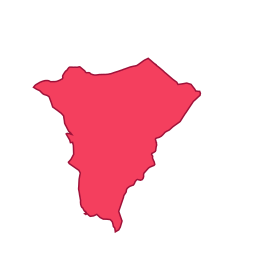 Kepahiang, Bengkulu, Indonesia, rotated 240°
{"feature_id": "22746128B30869437307727", "entity_name": "Kepahiang", "entity_type": "district", "adm_level": 2, "iso_a3": "IDN", "parent_name": "Indonesia", "parent_adm1": "Bengkulu", "projection": "natural_earth1", "projection_center": [102.62, -3.648], "detail": "fine", "context": "isolated", "style": "filled", "palette": "rose", "viewbox_px": 256, "rotation_deg": 240, "n_neighbors": 0, "source": "geoboundaries", "source_scale": "gbopen_adm2", "svg_char_len": 4943}
<svg xmlns="http://www.w3.org/2000/svg" viewBox="0 0 256 256"><g transform="rotate(240 128 128)"><path d="M121.9,208.1L122.9,208.2L123.9,208.4L124.6,207.2L126.2,205.2L128.6,205.2L130.6,204.9L134.3,204.4L136.0,202.8L136.4,202.4L137.5,201.4L137.6,201.2L139.2,196.8L140.7,193.1L141.3,193.1L142.7,193.1L143.3,193.1L147.6,191.2L156.5,188.1L157.7,187.6L159.9,187.0L164.4,185.4L166.8,184.4L168.1,183.9L168.7,184.0L169.1,183.8L168.8,183.7L172.4,182.4L173.2,182.1L173.9,181.9L176.2,181.1L176.4,180.9L177.9,180.5L178.2,180.4L178.3,179.8L178.3,179.0L178.5,176.4L178.4,174.5L177.8,168.7L177.7,166.9L178.1,165.4L178.8,163.5L179.7,160.5L179.9,159.4L180.8,154.4L181.0,153.6L181.2,151.9L181.3,151.6L182.1,147.4L182.8,144.4L183.1,142.9L183.6,140.2L183.9,139.5L184.0,139.2L184.3,138.3L184.3,138.1L185.0,136.6L185.6,135.4L185.7,135.1L186.4,134.0L186.6,133.6L187.8,131.4L188.5,130.1L188.7,129.7L189.1,128.6L189.4,127.9L189.6,127.4L189.8,127.0L189.8,126.9L190.2,126.2L190.7,125.4L191.6,124.4L191.8,124.2L193.3,122.9L193.9,122.7L194.2,122.6L194.9,122.4L195.3,122.0L195.4,121.9L195.5,121.8L196.0,120.9L196.3,120.4L196.6,119.8L196.7,119.6L197.4,119.2L197.8,119.1L198.5,119.1L199.1,119.1L201.7,118.1L202.6,117.8L203.4,117.5L204.5,117.1L205.0,116.9L205.4,116.3L205.5,115.8L205.7,115.4L205.8,114.9L205.9,114.5L206.2,114.1L206.5,113.5L207.2,112.5L207.6,111.6L208.4,110.3L208.5,110.2L209.5,108.5L209.8,108.1L209.9,107.4L209.8,106.8L209.4,105.8L208.9,104.6L208.8,104.4L208.4,103.5L208.5,102.5L207.7,100.7L207.0,99.5L206.8,99.0L206.1,97.9L205.7,97.4L205.0,97.0L204.5,96.9L204.0,96.5L203.9,96.5L203.7,96.1L203.5,95.9L203.4,95.6L203.5,94.6L203.5,93.3L203.8,90.7L204.0,90.0L204.0,89.5L204.1,89.3L204.2,89.1L204.6,88.2L204.7,87.9L204.8,87.7L205.6,86.3L206.9,84.0L207.8,83.5L208.5,83.0L208.8,82.7L209.5,81.8L210.5,79.9L210.6,79.7L210.7,79.0L210.9,78.6L211.1,77.8L211.4,76.2L211.6,74.7L211.6,72.9L211.6,72.3L211.6,70.4L211.6,70.2L211.4,68.8L211.1,68.0L210.5,66.5L208.5,67.6L208.4,67.6L206.9,68.5L205.1,69.8L204.9,69.9L204.3,70.3L203.7,70.4L200.4,71.3L199.1,72.0L196.7,74.2L196.4,74.4L196.2,74.5L194.9,75.1L194.6,75.3L188.6,74.3L183.8,73.3L181.9,74.2L179.8,75.1L179.4,75.3L179.0,75.5L174.0,77.6L170.7,78.3L169.0,77.6L166.1,76.5L163.8,75.5L163.0,75.4L162.4,75.4L161.9,75.3L160.9,75.3L160.7,75.3L160.4,75.3L155.0,75.0L152.7,75.8L150.5,76.1L151.1,75.5L151.8,75.0L152.3,74.7L152.7,74.4L153.0,73.5L153.8,72.6L153.8,71.5L146.7,71.5L144.1,70.8L143.3,72.8L140.3,72.0L137.6,70.6L132.4,67.8L131.3,66.0L130.7,65.1L129.3,62.8L129.3,62.7L128.7,61.0L128.2,59.3L127.4,59.3L126.6,59.3L123.8,60.6L115.9,64.3L115.4,64.3L112.9,64.2L110.5,62.1L108.1,60.1L105.2,58.2L103.6,57.2L101.9,56.1L100.8,55.3L100.7,55.3L99.9,54.7L97.5,53.9L95.9,53.3L95.2,53.0L94.2,52.6L92.2,51.9L89.0,50.7L88.9,50.7L87.6,49.8L85.2,48.7L84.2,48.6L83.8,48.5L83.7,48.5L83.6,48.4L83.4,48.4L83.2,48.4L82.8,48.4L82.6,48.4L82.3,48.4L82.2,48.4L82.1,48.6L81.9,48.7L81.7,48.8L81.4,48.8L81.1,48.8L80.9,48.8L78.6,48.7L77.7,48.8L77.0,49.5L75.7,49.5L75.5,47.6L74.3,48.4L74.2,48.4L74.3,49.7L73.5,50.0L72.1,50.4L70.4,51.1L69.1,54.3L68.9,56.6L68.8,57.8L66.2,58.6L64.4,59.1L61.5,61.0L59.6,64.1L57.5,66.9L54.7,67.5L52.6,67.0L50.0,66.1L47.9,66.5L44.4,65.1L44.4,69.0L46.0,71.7L49.6,75.5L50.5,76.4L51.0,76.4L57.1,77.6L60.5,78.3L70.2,89.4L71.5,90.5L73.5,94.4L75.5,96.0L76.2,97.4L76.6,100.1L76.2,102.8L75.9,104.1L76.6,105.6L78.1,107.6L78.2,107.9L78.2,108.0L78.3,108.1L78.7,109.2L78.8,109.5L78.7,110.2L78.6,110.6L78.1,111.0L77.8,111.3L77.5,111.7L77.1,112.1L77.0,112.3L76.9,112.3L76.8,112.5L76.6,112.6L76.4,113.5L76.2,114.2L76.3,114.6L76.5,115.0L76.6,115.4L76.7,115.7L76.8,115.7L77.1,116.1L77.4,116.5L77.8,117.0L78.1,117.2L78.3,117.4L79.0,117.7L79.3,117.9L79.6,118.1L80.0,118.3L80.3,118.5L80.6,118.8L80.7,119.0L80.9,119.3L81.0,119.4L81.0,119.5L83.1,125.8L83.1,126.1L83.2,127.5L83.1,127.8L83.1,128.0L82.9,129.6L82.9,129.9L82.6,131.7L82.7,132.1L83.0,132.9L83.2,133.0L83.3,133.0L83.8,133.2L84.0,133.2L84.2,133.3L85.1,133.6L85.5,133.7L86.7,133.8L89.3,134.1L89.6,134.2L89.8,134.2L90.3,134.6L90.9,135.0L91.3,135.3L92.1,135.2L92.8,135.2L93.2,135.2L93.4,135.2L93.7,135.6L94.1,135.9L94.0,136.7L94.0,136.9L94.0,137.1L94.0,137.3L94.0,137.6L94.0,137.9L94.0,138.1L94.0,138.4L94.0,138.6L94.1,139.1L94.1,139.3L94.1,139.9L94.2,140.0L94.4,140.3L94.6,140.5L94.8,140.9L95.3,141.2L95.6,141.4L95.8,141.5L96.1,141.8L96.3,142.0L96.5,142.1L96.8,142.3L97.0,142.5L97.5,142.9L97.6,143.0L97.8,143.2L98.4,143.8L98.5,143.9L98.6,144.0L98.8,144.2L98.9,144.3L99.1,144.4L99.3,144.4L99.4,144.5L99.6,144.6L99.9,144.7L100.0,144.7L100.1,144.8L100.4,144.9L101.1,145.2L101.3,145.2L101.3,145.3L101.5,145.3L102.0,145.4L102.3,145.5L104.6,146.1L105.1,146.8L104.9,148.2L104.6,149.2L104.3,150.5L104.3,152.9L104.8,155.0L105.8,158.0L105.8,160.3L105.7,161.2L105.7,162.1L105.6,162.7L106.6,167.2L106.9,169.8L107.4,175.4L107.6,176.5L110.1,181.2L111.9,184.7L112.4,185.9L114.9,190.9L118.4,198.0L118.7,199.7L120.0,205.2L120.2,206.6L121.9,208.1Z" fill="#f43f5e" stroke="#9f1239" stroke-width="1.5"/></g></svg>